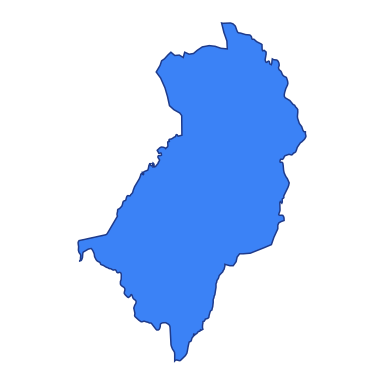 Muchinga, Equal Earth projection
{"feature_id": "ZMB-5511", "entity_name": "Muchinga", "entity_type": "Province", "adm_level": 1, "iso_a3": "ZMB", "parent_name": "Zambia", "parent_adm1": "", "projection": "equal_earth", "projection_center": [31.586, -11.285], "detail": "fine", "context": "isolated", "style": "filled", "palette": "blue", "viewbox_px": 384, "rotation_deg": 0, "n_neighbors": 0, "source": "natural_earth", "source_scale": "10m", "svg_char_len": 5992}
<svg xmlns="http://www.w3.org/2000/svg" viewBox="0 0 384 384"><path d="M262.0,44.6L262.1,49.2L262.4,50.3L262.9,50.9L263.7,50.4L264.4,50.4L265.6,51.7L266.1,52.0L266.1,54.2L265.1,59.9L265.8,62.0L266.6,62.4L267.9,61.4L268.7,61.1L269.3,61.5L269.7,63.3L270.0,64.1L271.3,64.7L271.8,63.2L272.0,60.9L272.3,58.9L273.7,59.7L276.8,60.0L278.0,61.1L278.9,63.0L279.1,64.1L279.2,65.3L279.0,66.1L278.5,67.5L278.7,68.7L279.2,69.8L280.7,71.0L281.3,71.9L282.2,74.1L282.7,75.0L283.4,75.8L284.1,76.3L286.3,77.4L286.6,78.0L287.6,81.1L287.9,83.3L287.5,85.0L285.8,88.6L284.7,92.3L284.3,94.3L284.3,96.3L285.1,97.7L289.9,100.6L293.1,104.5L294.6,105.2L295.7,107.1L296.8,108.2L297.7,109.5L297.8,112.0L297.4,116.4L297.6,118.3L299.2,123.1L299.7,124.0L301.7,126.6L302.9,130.2L303.8,131.6L305.4,131.8L305.4,133.9L305.8,135.3L305.9,136.7L304.9,138.6L304.0,139.7L301.7,141.9L300.9,142.4L300.2,143.0L297.3,147.3L296.3,150.4L295.7,151.8L294.5,152.8L293.6,153.0L292.5,154.4L291.8,154.9L290.9,154.8L289.0,154.3L285.1,155.7L284.4,156.5L283.3,158.7L282.4,159.4L281.7,159.4L281.1,159.1L280.5,159.4L280.0,160.8L280.0,161.9L280.4,162.3L281.9,162.2L282.8,163.1L283.2,165.6L283.6,170.3L284.1,172.7L285.0,174.8L286.0,176.8L287.3,178.6L289.2,182.9L288.7,185.3L287.9,187.5L283.8,195.8L283.7,196.3L283.9,197.2L283.8,197.7L283.5,198.1L282.6,198.6L282.3,199.0L282.2,200.1L282.3,202.1L281.8,203.2L280.3,201.6L279.8,202.7L280.0,209.4L280.0,210.3L279.6,211.8L278.7,214.3L278.9,214.9L279.9,215.3L281.9,215.2L282.8,215.4L283.6,216.6L284.0,217.9L284.1,220.5L281.3,221.5L278.9,222.8L277.8,225.1L277.8,228.8L273.9,237.3L271.4,244.6L263.6,247.9L250.3,253.2L243.0,253.8L239.6,253.8L237.1,257.1L236.1,261.7L233.2,265.7L229.8,265.7L224.9,264.3L224.9,265.9L224.1,269.2L223.0,270.8L222.9,271.6L220.0,274.6L219.2,275.6L218.5,278.0L218.1,278.8L217.2,280.1L216.9,280.6L216.7,282.2L216.2,283.3L216.0,283.9L216.0,287.3L214.8,294.9L214.2,295.9L213.9,297.8L213.4,299.0L213.2,299.8L213.2,302.4L212.8,305.9L212.7,306.8L212.2,308.4L211.9,310.0L211.0,310.5L210.5,311.0L210.0,312.2L209.0,315.8L208.9,317.2L208.3,318.0L207.2,318.6L205.3,319.1L205.1,319.8L204.1,321.3L203.9,321.4L203.2,321.4L202.9,321.8L202.9,323.3L202.6,324.6L202.5,326.1L202.5,327.8L202.9,329.3L201.2,330.2L200.5,329.8L200.3,330.5L200.0,331.0L199.6,331.3L198.4,331.5L198.1,331.8L197.5,332.7L196.7,333.5L195.4,334.4L194.5,335.2L194.1,334.1L193.7,334.1L193.5,336.0L191.9,338.2L191.3,340.5L191.0,341.1L190.5,341.5L189.3,341.9L189.0,342.6L188.0,347.1L187.5,350.2L186.9,353.1L185.4,355.6L180.8,360.1L179.9,360.7L178.7,360.5L176.6,359.9L175.3,360.4L174.7,361.0L174.7,354.5L174.5,352.3L173.8,351.0L172.5,349.1L171.4,346.3L171.0,344.8L170.1,327.7L169.9,326.4L169.5,325.4L169.3,325.1L168.5,324.3L166.2,322.9L165.4,322.7L162.5,322.8L160.8,323.7L160.4,324.2L160.2,326.8L159.6,328.6L159.0,329.5L158.2,330.0L156.8,330.0L156.0,329.3L151.7,323.7L150.9,323.0L149.4,323.0L147.8,322.2L146.7,322.0L144.3,321.2L143.9,321.2L142.0,321.8L141.0,321.7L138.8,320.1L135.2,316.8L134.8,316.2L134.6,315.7L134.9,313.3L133.8,308.1L133.9,307.7L134.7,305.3L135.8,303.5L136.0,302.7L136.1,301.6L135.9,300.9L135.4,300.2L134.3,299.5L133.2,298.4L132.8,297.6L132.0,295.2L131.5,294.6L130.9,294.8L130.2,296.1L129.7,296.6L128.4,297.5L127.9,297.3L127.1,296.7L125.4,295.0L124.3,293.5L124.3,292.2L124.9,290.0L124.9,289.4L124.7,288.4L124.0,287.4L122.0,286.1L121.2,285.4L120.6,284.6L120.4,283.8L120.4,281.6L121.1,279.6L121.2,278.7L121.3,275.2L121.2,274.0L120.9,273.2L120.6,272.8L120.2,272.5L119.6,272.3L118.0,272.8L117.6,272.7L117.0,272.4L116.7,271.9L116.1,270.6L115.5,269.9L114.4,269.8L113.4,270.1L112.5,269.8L111.6,269.2L110.6,268.7L109.2,268.6L107.8,267.7L106.4,267.3L103.2,265.3L102.1,265.0L100.8,264.4L100.6,264.0L100.0,262.6L99.7,262.2L98.6,261.8L97.6,261.2L96.7,260.5L96.0,259.5L94.6,256.7L94.2,253.8L93.1,251.2L92.1,249.5L91.2,248.5L89.6,248.8L88.3,249.1L83.4,252.0L83.0,252.6L82.8,253.4L82.5,257.4L82.0,259.0L81.5,260.0L81.1,260.5L79.7,261.0L79.7,260.7L80.3,259.9L80.7,258.9L80.4,258.2L80.7,256.1L80.7,255.2L80.3,254.2L79.1,252.6L78.7,251.4L78.4,250.1L78.6,246.6L78.2,244.0L78.1,242.6L78.5,241.4L79.1,240.6L105.6,234.8L106.6,234.3L107.4,233.3L117.4,216.3L117.4,215.8L117.1,215.2L117.0,214.3L117.1,213.4L117.6,211.2L117.6,210.0L117.9,209.4L119.6,208.5L121.8,206.2L122.4,204.6L122.8,202.8L123.3,201.4L124.3,200.8L125.1,200.6L125.6,200.3L125.9,199.7L126.5,197.4L126.8,196.6L127.3,195.9L127.9,195.6L129.9,195.9L130.2,195.7L130.8,194.6L131.1,194.4L132.5,192.8L132.8,192.0L133.3,190.1L134.6,186.7L139.3,178.8L140.4,176.1L140.8,174.4L141.3,173.7L141.9,173.3L142.6,174.4L143.4,174.6L143.7,173.9L142.5,172.3L143.4,172.2L144.7,171.4L147.4,170.3L147.9,169.9L148.4,168.2L148.9,165.6L149.7,163.7L150.9,163.7L150.2,164.6L150.8,165.5L151.8,165.9L152.7,165.6L152.8,163.7L153.0,163.0L153.7,163.7L154.0,164.5L154.1,165.4L153.9,166.2L153.3,166.9L154.6,166.9L155.5,166.5L158.1,163.4L158.3,162.4L159.0,161.5L159.6,160.0L158.2,157.8L157.9,157.1L158.0,156.3L158.5,155.6L160.6,155.6L161.5,155.1L161.3,153.4L160.8,152.9L160.4,152.9L159.5,153.4L158.8,153.3L158.6,153.0L158.1,151.8L157.4,150.8L157.2,150.3L159.8,147.8L160.6,147.3L161.7,147.0L163.9,147.4L165.0,147.9L165.7,148.6L166.1,147.9L167.3,147.1L167.7,146.5L167.9,145.6L167.7,142.4L167.8,141.9L168.2,141.7L169.1,141.6L169.4,141.4L169.3,140.9L168.9,140.3L169.2,139.5L169.8,139.2L171.3,139.0L172.4,138.4L174.4,137.0L175.1,136.8L175.5,136.5L176.0,135.0L176.5,134.6L177.2,134.8L178.1,136.2L181.9,135.2L181.7,115.6L179.8,113.0L173.9,109.7L169.5,105.7L167.5,96.5L165.0,87.9L160.6,78.0L156.2,72.0L160.1,65.4L161.6,60.8L164.5,58.8L168.0,54.9L170.9,52.2L174.8,55.5L179.3,55.1L183.2,57.5L184.7,52.2L189.1,54.2L193.5,53.5L197.4,50.2L202.3,46.9L209.2,45.6L215.1,46.3L221.0,48.3L227.3,48.9L226.9,41.0L223.9,32.4L221.6,23.0L222.9,23.3L230.5,23.0L232.9,23.8L235.0,25.7L235.6,26.8L236.8,30.4L237.6,32.1L238.4,32.8L240.6,33.1L245.6,34.6L249.8,35.0L250.6,35.6L251.4,36.7L251.6,37.3L251.8,38.5L252.1,39.1L252.5,39.3L253.6,39.2L254.0,39.3L256.7,41.7L261.1,43.9L262.0,44.6Z" fill="#3b82f6" stroke="#1e3a8a" stroke-width="1.5"/></svg>